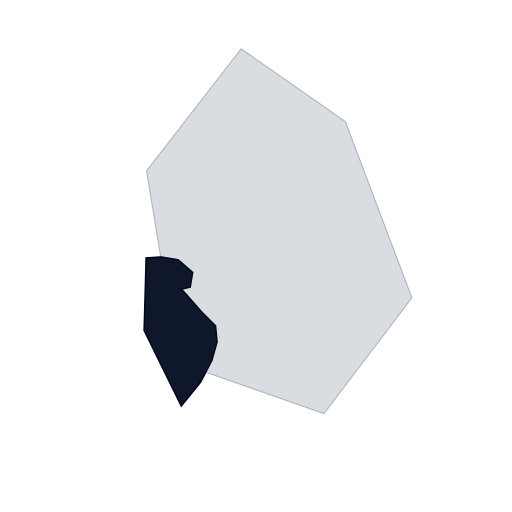 where Acquaviva sits in San Marino, rotated 317°
{"feature_id": "SMR-4885", "entity_name": "Acquaviva", "entity_type": "state/province", "adm_level": 1, "iso_a3": "SMR", "parent_name": "San Marino", "parent_adm1": "", "projection": "mercator", "projection_center": [12.411, 43.944], "detail": "fine", "context": "in_parent", "style": "filled", "palette": "ink", "viewbox_px": 512, "rotation_deg": 317, "n_neighbors": 0, "source": "natural_earth", "source_scale": "10m", "svg_char_len": 506}
<svg xmlns="http://www.w3.org/2000/svg" viewBox="0 0 512 512"><g transform="rotate(317 256 256)"><path d="M341.5,392.9L198.2,417.6L126.4,280.9L234.0,119.1L386.4,94.4L413.0,218.7L341.5,392.9Z" fill="#d9dde1" stroke="#a8b0b8" stroke-width="1"/><path d="M99.0,314.8L123.4,234.1L160.9,196.1L174.3,182.4L186.0,192.0L196.5,205.7L198.5,224.8L186.7,233.9L178.8,229.4L178.8,237.6L178.1,260.4L178.8,279.5L168.9,292.3L152.5,302.3L129.5,310.5L99.0,314.8Z" fill="#0f172a" stroke="#020617" stroke-width="1.5"/></g></svg>